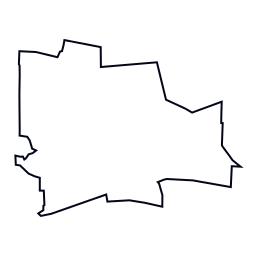 outline of Ciuperceni, Teleorman, Romania
{"feature_id": "2599482B84154453637694", "entity_name": "Ciuperceni", "entity_type": "district", "adm_level": 2, "iso_a3": "ROU", "parent_name": "Romania", "parent_adm1": "Teleorman", "projection": "orthographic", "projection_center": [24.946, 43.75], "detail": "fine", "context": "isolated", "style": "outline", "palette": "ink", "viewbox_px": 256, "rotation_deg": 0, "n_neighbors": 0, "source": "geoboundaries", "source_scale": "gbopen_adm2", "svg_char_len": 980}
<svg xmlns="http://www.w3.org/2000/svg" viewBox="0 0 256 256"><path d="M100.7,47.1L64.4,40.1L63.5,45.4L62.0,51.1L60.0,51.6L57.5,57.2L35.8,52.0L19.4,51.2L18.9,64.2L19.6,65.6L19.7,75.6L19.4,93.6L19.5,110.4L19.7,129.7L19.6,135.6L27.3,136.8L29.7,140.5L31.5,146.3L32.1,148.6L36.1,150.5L32.7,153.1L28.7,154.3L27.3,156.3L25.9,158.3L24.3,159.5L22.9,156.6L20.1,156.7L15.4,155.6L15.8,164.8L20.0,165.4L28.6,173.6L34.7,176.3L39.8,177.8L39.8,184.2L39.8,190.6L43.8,190.7L44.0,194.9L44.4,205.1L43.4,205.7L43.3,210.2L38.3,213.4L39.6,214.7L40.9,215.9L51.2,213.8L106.2,194.5L107.4,201.6L108.9,201.5L129.4,200.3L144.9,202.8L162.3,206.7L162.4,195.2L159.1,183.6L157.8,182.1L164.1,179.6L166.8,179.0L193.1,180.4L199.0,181.5L208.3,183.1L230.8,187.1L231.8,166.2L240.6,166.7L232.6,160.3L229.5,155.9L222.9,147.0L221.9,145.4L222.7,123.1L221.2,123.0L221.4,112.4L221.7,101.7L198.6,110.2L192.1,112.6L185.7,108.8L166.0,99.7L156.9,62.3L100.9,67.0L100.7,47.1Z" fill="none" stroke="#020617" stroke-width="2"/></svg>